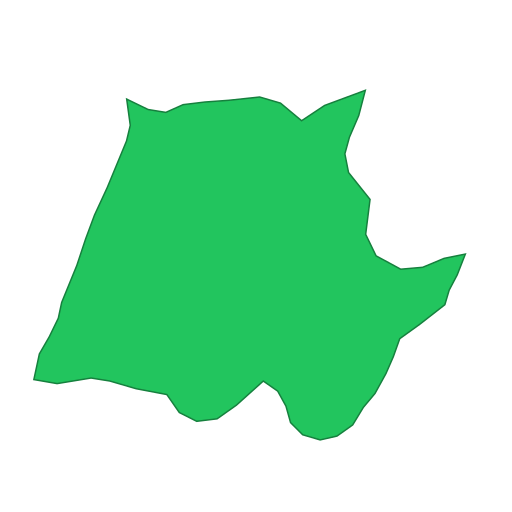 the district of Nova Guataporanga, São Paulo, Brazil, rotated 96°
{"feature_id": "56859067B54757291963990", "entity_name": "Nova Guataporanga", "entity_type": "district", "adm_level": 2, "iso_a3": "BRA", "parent_name": "Brazil", "parent_adm1": "São Paulo", "projection": "orthographic", "projection_center": [-51.644, -21.32], "detail": "fine", "context": "isolated", "style": "filled", "palette": "green", "viewbox_px": 512, "rotation_deg": 96, "n_neighbors": 0, "source": "geoboundaries", "source_scale": "gbopen_adm2", "svg_char_len": 879}
<svg xmlns="http://www.w3.org/2000/svg" viewBox="0 0 512 512"><g transform="rotate(96 256 256)"><path d="M232.2,48.0L238.7,68.7L249.8,89.0L254.0,110.7L243.3,136.6L223.0,149.2L187.8,148.5L163.3,172.7L145.1,178.3L128.1,175.5L105.6,168.5L79.8,164.6L99.1,203.5L116.7,224.8L101.4,247.6L97.5,269.0L104.0,299.4L108.2,322.9L113.1,344.3L122.6,360.7L121.6,378.6L113.5,401.0L139.2,394.7L155.2,396.8L203.5,411.1L232.2,420.9L256.7,427.2L284.1,433.2L322.5,444.4L338.5,446.1L357.8,453.1L376.0,461.2L402.1,464.0L403.7,440.5L394.6,407.3L395.6,388.4L400.5,361.4L403.1,330.2L419.7,315.9L426.6,297.7L422.0,277.7L406.4,259.9L379.6,235.7L388.1,220.3L402.2,210.5L418.1,204.2L428.9,190.9L432.2,173.0L426.6,156.6L413.9,142.2L395.3,133.4L380.3,123.3L359.4,114.5L341.8,108.9L323.2,104.4L306.6,85.8L284.7,63.1L269.7,60.3L253.7,53.9L232.2,48.0Z" fill="#22c55e" stroke="#15803d" stroke-width="1.5"/></g></svg>